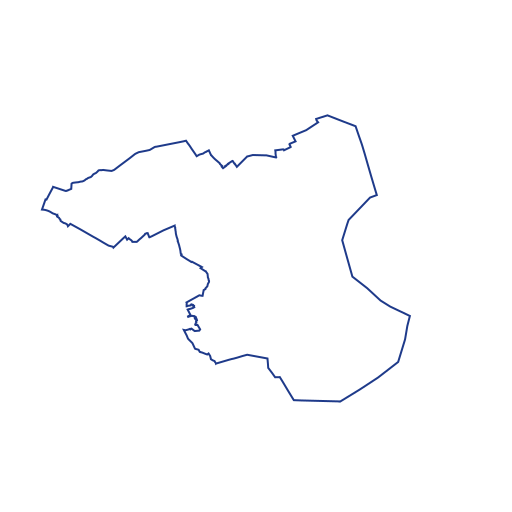 Raalte, Overijssel, Netherlands (orthographic projection), rotated 327°
{"feature_id": "6326949B71702819587140", "entity_name": "Raalte", "entity_type": "district", "adm_level": 2, "iso_a3": "NLD", "parent_name": "Netherlands", "parent_adm1": "Overijssel", "projection": "orthographic", "projection_center": [6.247, 52.387], "detail": "fine", "context": "isolated", "style": "outline", "palette": "blue", "viewbox_px": 512, "rotation_deg": 327, "n_neighbors": 0, "source": "geoboundaries", "source_scale": "gbopen_adm2", "svg_char_len": 5794}
<svg xmlns="http://www.w3.org/2000/svg" viewBox="0 0 512 512"><g transform="rotate(327 256 256)"><path d="M123.5,87.5L123.2,87.8L116.3,91.6L111.0,94.6L110.3,93.9L101.8,100.5L102.7,101.2L103.7,102.0L104.6,102.9L105.8,104.3L106.6,105.4L107.1,106.2L107.6,107.1L108.4,108.8L108.8,109.6L110.2,111.4L110.7,112.1L110.9,112.7L111.3,113.1L111.6,113.2L111.5,113.3L111.5,113.7L111.5,114.0L110.9,114.0L110.7,114.3L110.7,114.8L111.4,116.2L111.6,116.8L111.5,117.9L111.7,118.6L111.8,118.8L111.7,119.1L111.3,119.8L111.3,120.2L111.3,120.3L112.6,123.3L112.9,123.8L113.3,124.1L113.6,124.5L114.0,125.1L114.5,126.0L114.7,126.4L114.7,127.2L114.7,127.8L114.5,128.6L117.8,127.9L123.2,138.0L128.0,147.4L130.1,151.5L131.1,153.3L133.4,157.8L135.1,161.3L137.8,166.6L138.1,167.1L141.0,170.3L141.1,170.6L141.0,171.3L154.0,168.9L157.1,168.4L156.8,172.1L158.9,171.7L159.1,172.7L160.0,175.0L160.1,175.5L160.1,176.1L160.0,176.8L163.7,179.2L163.8,179.2L164.4,179.1L165.3,179.0L166.0,178.8L167.3,178.6L167.9,178.5L169.1,178.4L174.3,177.5L174.7,177.3L174.9,177.1L175.2,177.0L176.2,177.3L176.7,177.3L176.9,177.6L177.6,177.8L176.7,182.2L176.8,182.3L179.4,182.7L192.4,184.1L204.3,186.2L204.1,186.5L203.7,188.1L203.6,188.5L203.1,189.0L202.8,190.0L202.5,190.4L202.3,190.9L201.8,192.1L201.5,192.6L201.0,193.6L200.4,195.2L199.9,196.7L199.6,197.8L199.5,198.5L198.8,200.5L198.7,200.5L198.3,201.1L198.3,201.3L198.3,201.6L197.4,205.0L196.9,206.4L196.3,208.2L196.2,208.5L195.5,210.3L195.3,210.8L195.1,211.1L194.8,211.7L194.1,213.3L194.5,214.1L194.1,214.4L193.9,214.7L193.2,214.1L195.0,218.2L196.3,221.1L197.9,224.4L198.4,225.6L198.5,225.6L198.6,225.9L199.2,226.0L204.6,235.8L203.5,235.9L202.9,236.0L204.0,238.5L205.4,241.6L205.5,241.6L205.5,241.9L205.6,244.7L205.1,245.6L204.2,247.4L204.0,247.7L203.7,249.4L203.4,249.9L203.1,250.6L203.1,251.2L203.0,251.4L202.9,251.6L202.0,252.5L201.3,252.7L200.5,253.2L199.9,253.7L198.9,254.7L198.7,254.9L196.8,255.4L196.0,255.6L195.7,255.8L195.5,256.2L193.5,256.1L192.9,256.8L191.1,258.6L190.1,259.7L189.5,260.3L188.6,259.6L187.1,258.1L172.4,257.1L172.3,257.7L171.9,258.3L171.3,259.0L171.0,259.6L170.5,260.2L170.4,260.4L170.6,260.5L171.0,260.6L171.5,260.6L173.7,261.6L173.9,261.7L175.0,261.4L175.4,261.3L176.0,262.0L175.8,262.9L176.6,263.0L176.5,263.8L176.9,264.1L176.6,264.5L176.3,264.8L176.3,265.0L176.3,265.3L175.3,265.3L173.9,265.0L173.1,264.8L171.7,264.4L170.8,264.0L169.5,263.7L168.9,269.9L168.2,269.7L166.1,269.6L166.0,270.1L167.3,270.4L169.8,271.3L170.5,272.1L170.9,272.3L171.3,272.5L171.5,272.8L172.0,273.8L171.3,274.0L171.0,274.2L170.7,275.0L170.7,275.4L170.8,276.0L171.1,276.0L172.0,275.6L171.7,277.2L171.6,277.5L171.5,277.8L170.6,277.8L170.0,278.3L170.0,279.0L169.6,279.4L168.9,279.5L167.6,280.5L167.7,280.9L167.8,281.0L168.5,281.5L169.4,281.9L169.2,287.1L167.8,287.7L163.8,285.6L163.7,285.5L163.6,285.3L162.5,282.2L162.3,281.7L162.0,281.6L161.1,281.8L160.9,281.8L160.7,281.1L160.2,281.0L159.2,280.8L156.4,279.9L155.2,278.7L154.8,282.6L154.6,284.9L154.0,288.0L154.0,288.7L154.2,289.7L155.2,294.3L155.2,294.7L154.5,299.5L154.4,300.3L154.4,300.6L154.6,300.9L156.3,302.8L156.8,303.4L156.6,305.7L156.6,305.8L157.0,306.2L157.3,306.4L157.5,307.0L158.1,307.4L160.4,310.7L161.3,311.8L161.4,312.0L161.7,312.0L163.1,311.9L163.1,312.7L163.1,314.9L162.2,317.5L162.1,317.8L162.0,318.0L162.7,319.5L163.0,320.1L164.0,321.5L163.9,322.7L164.0,324.3L163.9,324.5L164.1,324.5L176.8,328.3L179.6,329.2L181.4,329.9L185.2,331.1L190.1,332.5L194.8,334.0L209.8,348.2L207.3,352.9L205.3,356.5L205.8,363.1L206.0,368.1L209.7,370.4L210.0,370.5L209.9,375.6L209.5,386.4L209.3,393.2L209.2,397.5L215.3,401.8L244.0,421.5L246.8,423.4L246.7,423.5L247.2,423.9L270.1,424.5L292.1,424.4L317.5,422.3L334.8,407.8L335.8,406.9L344.8,397.1L352.4,390.1L341.0,371.5L336.2,361.2L331.7,343.5L325.6,325.8L332.3,304.3L336.9,289.7L350.0,278.8L353.3,276.2L383.5,269.1L390.5,270.7L392.5,263.8L396.1,251.6L400.0,238.7L402.7,229.9L405.1,221.7L405.7,219.5L407.0,214.2L407.4,212.5L408.5,208.1L410.2,201.4L402.9,191.4L392.9,177.5L392.6,177.0L381.1,173.8L380.7,175.0L380.7,175.5L380.7,176.1L380.9,177.7L366.6,177.8L357.9,176.2L352.3,175.2L351.6,181.4L345.6,180.3L345.2,180.3L344.9,180.5L344.5,183.4L344.3,183.4L344.2,183.5L337.1,182.6L337.2,182.0L337.2,181.7L336.8,181.3L329.7,177.9L329.0,179.5L328.4,180.3L326.7,183.7L326.6,183.9L326.7,184.2L326.5,184.3L326.0,183.8L325.9,183.7L324.6,182.4L319.6,177.3L316.5,175.2L308.8,169.9L308.4,169.6L308.1,169.5L303.2,167.9L302.9,167.7L288.5,170.8L288.5,167.3L288.3,167.3L288.3,166.9L288.2,166.7L288.2,163.6L288.0,163.4L282.8,163.4L282.8,163.8L279.5,163.8L279.6,164.2L276.2,164.4L276.0,163.1L275.9,162.2L276.0,162.1L276.6,162.0L275.9,159.2L276.1,158.6L275.5,156.4L275.1,155.0L274.6,153.4L274.2,151.9L273.8,150.0L273.7,149.3L273.6,148.8L273.5,148.2L273.4,147.2L273.2,147.0L274.0,141.7L272.3,141.6L272.1,141.5L271.1,141.4L270.9,141.5L269.5,141.2L267.5,141.3L267.1,141.2L264.7,140.4L263.9,140.2L263.3,140.1L260.6,140.0L260.6,139.6L260.6,137.4L260.5,133.9L260.4,131.1L260.4,130.6L260.4,128.0L260.3,125.4L260.2,125.2L260.1,121.7L260.1,121.2L257.8,120.4L253.7,118.8L231.8,110.0L231.1,109.6L230.2,109.4L225.0,109.2L224.4,109.1L221.2,107.9L214.3,105.1L213.7,105.0L210.6,104.6L209.8,104.6L203.2,105.2L190.9,106.0L184.3,106.5L183.7,106.5L181.2,106.0L177.4,102.9L175.4,101.2L174.7,100.6L173.7,100.1L173.2,99.9L172.8,99.6L171.5,98.8L170.8,98.5L170.2,98.5L169.5,98.8L167.8,99.1L167.0,99.2L166.5,99.2L165.7,99.0L164.0,98.9L163.7,99.0L162.8,99.3L162.0,99.6L160.5,99.8L160.3,99.8L159.3,99.5L158.0,99.2L157.9,99.2L157.2,99.1L156.4,99.2L156.0,99.2L155.0,99.0L153.8,99.2L152.9,99.2L152.0,99.1L151.0,98.9L149.2,98.0L147.3,97.4L144.8,96.1L142.5,95.0L141.8,94.8L140.7,94.9L137.6,99.1L134.9,98.6L134.7,98.6L133.9,98.5L133.9,98.4L133.7,98.3L132.3,98.1L132.0,97.9L131.7,97.7L123.5,87.5Z" fill="none" stroke="#1e3a8a" stroke-width="2"/></g></svg>